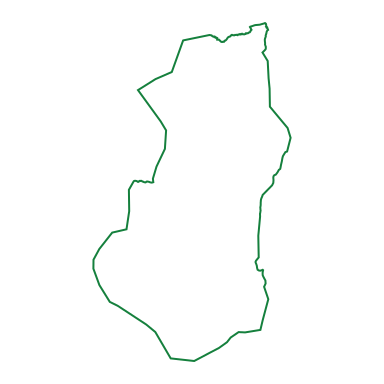 Ix-Uul, Dzavhan, Mongolia (Mercator projection)
{"feature_id": "93677404B29034129696638", "entity_name": "Ix-Uul", "entity_type": "district", "adm_level": 2, "iso_a3": "MNG", "parent_name": "Mongolia", "parent_adm1": "Dzavhan", "projection": "mercator", "projection_center": [98.879, 48.691], "detail": "fine", "context": "isolated", "style": "outline", "palette": "green", "viewbox_px": 384, "rotation_deg": 0, "n_neighbors": 0, "source": "geoboundaries", "source_scale": "gbopen_adm2", "svg_char_len": 4784}
<svg xmlns="http://www.w3.org/2000/svg" viewBox="0 0 384 384"><path d="M264.6,23.3L259.7,24.7L255.2,25.1L253.9,25.5L252.2,26.1L250.2,26.7L250.1,26.8L249.9,27.0L250.0,27.2L250.3,27.5L250.5,27.9L250.6,28.1L250.8,28.4L250.8,28.6L250.8,28.8L250.9,29.0L251.0,29.1L251.2,29.3L251.4,29.6L251.5,29.8L251.4,29.9L251.3,30.0L250.7,30.6L250.6,30.8L250.6,31.0L250.4,31.3L250.3,31.5L250.2,31.8L249.7,32.3L249.3,32.3L249.1,32.4L248.9,32.5L248.6,32.8L248.4,32.9L248.3,33.0L248.1,33.2L247.8,33.2L247.6,33.3L247.2,33.2L246.9,33.2L246.6,33.5L246.4,33.5L246.3,33.4L246.2,33.3L245.9,33.3L245.9,33.6L245.8,33.8L245.5,34.0L245.3,34.0L245.2,34.0L244.8,34.2L244.6,34.3L244.4,34.3L244.1,34.3L243.9,34.2L243.7,34.2L243.3,34.3L243.2,34.3L243.0,34.2L242.5,34.2L242.1,33.8L242.0,33.7L241.8,33.8L241.7,34.1L241.3,34.3L241.1,34.4L240.9,34.3L240.9,34.2L240.6,34.1L240.3,34.5L240.1,34.6L239.9,34.6L239.7,34.5L239.4,34.2L239.0,34.4L238.3,34.5L238.1,34.6L238.0,34.8L237.8,35.1L237.7,35.2L237.3,35.1L236.9,34.8L236.5,34.8L236.3,34.8L236.1,34.9L235.9,35.0L235.1,34.9L235.0,35.0L234.7,35.1L234.4,35.3L234.1,35.3L233.8,35.2L233.2,35.3L232.8,35.1L232.4,35.1L232.2,35.0L232.1,34.9L231.9,34.9L231.7,34.9L231.1,35.3L231.0,35.5L230.7,35.8L230.5,36.2L230.3,36.4L230.0,36.5L229.7,36.5L229.3,36.8L228.6,36.9L228.1,37.3L227.6,37.8L227.5,38.1L227.2,38.5L226.8,39.1L226.6,39.4L226.1,40.0L225.9,40.1L225.7,40.3L225.4,40.6L225.1,40.6L224.8,40.6L224.5,40.9L224.3,41.3L224.2,41.5L224.0,41.8L223.9,41.8L223.7,41.7L223.4,41.7L223.2,41.8L223.0,41.7L222.8,41.8L222.3,42.0L222.1,42.0L221.9,42.0L221.6,41.9L221.2,41.8L220.9,41.6L220.7,41.4L220.4,41.0L220.0,40.8L219.9,40.6L219.8,40.4L219.4,40.2L219.2,40.0L219.1,39.9L218.9,39.8L218.8,39.6L218.7,39.6L218.4,39.7L218.2,39.7L217.9,39.4L217.7,39.5L217.4,39.6L217.4,39.4L217.4,39.2L217.1,39.0L217.1,38.8L217.1,38.6L217.2,38.0L217.0,37.9L216.9,38.0L216.6,38.2L216.5,37.9L216.4,37.8L216.2,38.0L216.0,37.8L216.0,37.6L215.9,37.5L215.7,37.6L215.5,37.3L215.2,37.3L215.2,37.2L215.1,36.9L214.9,36.8L214.8,36.7L214.7,36.8L214.8,37.1L214.7,37.1L214.4,37.1L214.3,36.8L214.3,36.6L214.1,36.6L213.9,36.6L213.7,36.5L213.3,36.6L213.1,36.6L212.7,36.3L212.4,36.2L212.1,36.0L211.6,35.4L211.3,35.4L211.1,35.3L210.6,35.2L210.3,35.1L209.9,35.1L209.5,35.0L183.2,40.4L183.1,40.5L171.8,72.0L155.5,79.1L138.0,90.1L160.7,121.4L166.1,130.4L164.9,148.9L156.5,166.6L152.9,178.7L153.3,182.2L152.3,182.5L151.8,182.6L151.5,182.6L151.0,182.5L150.0,182.3L149.2,181.9L148.7,181.8L148.4,181.7L147.9,181.7L147.5,181.5L147.1,181.5L146.6,181.6L145.9,182.2L145.6,182.4L145.4,182.4L145.0,182.3L144.7,182.3L143.9,182.1L143.4,181.8L143.0,181.6L142.6,181.6L142.3,181.4L141.9,181.2L141.6,180.9L141.3,180.8L140.8,180.8L140.5,181.0L139.9,180.9L139.5,180.9L139.3,181.0L138.9,181.4L138.8,181.6L138.6,181.8L138.4,181.9L138.1,181.9L137.9,181.9L137.6,181.7L136.8,181.1L136.4,181.0L135.4,180.8L134.8,180.8L134.4,180.9L134.1,181.0L133.8,181.2L133.6,181.5L133.3,182.0L128.9,189.8L129.2,211.2L126.5,229.3L112.2,232.6L99.3,249.0L93.5,259.7L93.4,268.7L99.4,285.1L109.8,301.9L117.7,305.8L146.2,324.5L155.3,332.0L170.7,358.4L194.2,361.0L209.7,352.8L218.9,348.0L227.0,342.2L230.7,337.5L238.6,332.1L245.1,332.4L260.4,329.9L262.7,320.2L268.3,299.2L264.1,286.8L264.8,285.3L265.6,283.5L265.5,282.0L265.4,280.5L264.5,278.9L263.4,276.8L262.7,275.2L262.6,272.9L262.9,271.1L263.1,270.2L262.7,269.8L261.5,270.3L260.2,270.7L258.9,270.5L257.6,269.7L257.1,268.0L256.8,265.7L256.2,263.9L255.6,262.5L255.6,261.6L256.1,260.6L258.7,257.4L258.3,235.7L260.1,216.5L260.0,213.7L260.2,213.1L260.3,212.3L260.6,210.4L260.4,209.2L260.4,208.2L260.3,207.3L260.6,205.9L260.7,204.3L260.7,202.5L260.8,201.7L260.8,200.9L260.9,200.3L261.0,199.5L261.5,198.0L262.1,196.7L262.7,194.9L272.1,185.3L273.3,182.9L273.5,180.1L273.3,177.7L273.5,176.3L274.3,175.2L275.8,174.6L277.4,172.5L278.4,170.7L278.9,169.8L279.7,169.3L280.2,168.9L280.5,167.7L281.0,164.9L281.8,161.5L282.4,158.1L282.9,156.2L284.2,154.0L285.4,152.1L287.1,151.5L290.6,137.8L287.6,128.0L269.9,106.7L269.6,88.7L268.6,78.3L267.7,61.0L262.5,52.5L264.4,50.6L265.5,49.4L265.7,48.9L265.8,48.2L265.8,47.5L265.8,46.7L265.4,45.7L265.1,44.7L265.0,44.3L265.1,43.6L265.1,43.0L265.0,42.2L264.9,41.4L264.8,39.7L265.0,38.6L265.2,38.2L265.3,37.9L265.3,37.7L265.5,37.2L265.7,36.8L265.8,36.2L265.7,35.8L265.7,35.3L265.8,35.0L266.1,34.5L266.1,34.1L266.2,33.7L266.4,33.2L266.5,32.9L266.5,32.3L266.6,31.9L266.8,31.5L267.0,31.0L267.5,30.3L268.1,29.9L268.0,29.5L267.8,29.3L267.7,29.1L267.6,28.7L267.4,28.6L267.2,28.4L267.2,28.0L267.3,27.9L267.3,27.7L267.0,27.5L266.8,27.4L266.7,27.5L266.4,27.4L266.4,27.2L266.5,27.0L266.4,26.8L266.3,26.7L266.5,26.6L266.2,26.3L266.2,26.2L266.2,25.7L266.2,25.2L266.2,24.9L266.1,24.7L265.9,24.4L265.8,24.1L265.9,23.8L265.8,23.7L265.5,23.4L265.2,23.1L264.8,23.1L264.6,23.3Z" fill="none" stroke="#15803d" stroke-width="2"/></svg>